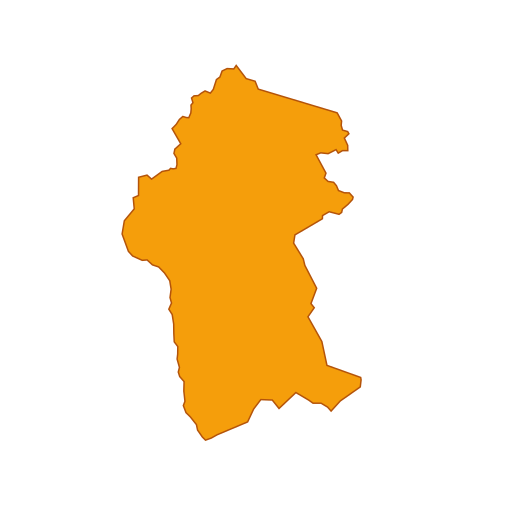 the district of José Enrique Rodó, Soriano, Uruguay, rotated 144°
{"feature_id": "84410073B24833615442203", "entity_name": "José Enrique Rodó", "entity_type": "district", "adm_level": 2, "iso_a3": "URY", "parent_name": "Uruguay", "parent_adm1": "Soriano", "projection": "equal_earth", "projection_center": [-57.536, -33.632], "detail": "fine", "context": "isolated", "style": "filled", "palette": "amber", "viewbox_px": 512, "rotation_deg": 144, "n_neighbors": 0, "source": "geoboundaries", "source_scale": "gbopen_adm2", "svg_char_len": 1820}
<svg xmlns="http://www.w3.org/2000/svg" viewBox="0 0 512 512"><g transform="rotate(144 256 256)"><path d="M154.9,279.0L150.7,281.9L147.9,302.6L143.0,301.4L137.5,296.4L128.7,295.0L129.0,290.9L124.1,290.4L119.8,287.3L116.8,291.6L115.2,299.5L109.0,300.3L108.7,302.8L112.0,307.0L110.3,311.6L107.4,314.9L106.2,324.1L156.1,389.7L154.0,397.9L159.7,405.3L160.0,421.8L164.0,420.4L169.2,424.6L174.7,425.6L180.0,422.0L184.3,422.0L192.6,415.9L197.2,414.6L200.2,419.5L204.8,419.9L208.4,419.7L212.0,422.0L215.3,421.7L216.9,417.1L219.9,416.3L221.9,413.2L224.7,410.0L229.1,407.4L231.0,409.0L233.2,411.9L237.7,411.5L243.1,409.4L246.9,408.7L249.0,408.4L250.9,391.0L258.8,390.2L262.1,387.2L262.6,381.8L266.2,376.4L269.2,373.9L271.8,375.2L273.6,377.1L276.0,376.6L282.2,379.6L295.3,379.6L296.6,385.5L304.7,388.7L315.5,374.0L321.1,375.3L326.8,365.7L341.8,361.9L351.4,352.5L356.5,334.7L355.8,328.5L350.6,319.4L346.4,316.8L345.0,309.7L341.2,304.4L340.0,296.1L340.3,286.7L344.2,279.0L350.0,272.9L352.0,267.6L357.8,264.2L358.2,257.9L362.6,249.3L367.9,241.8L372.6,234.6L372.5,228.7L377.0,222.7L380.4,219.0L383.4,210.9L387.1,207.8L388.6,203.3L388.0,196.7L393.8,189.1L398.9,180.2L402.7,177.7L404.7,170.4L403.7,164.5L403.3,154.6L405.6,149.5L405.8,141.0L405.1,136.7L399.2,135.0L392.4,134.2L360.3,126.7L347.8,133.6L336.5,137.0L327.5,129.9L327.0,119.1L304.0,122.1L298.1,108.5L296.4,103.4L289.9,98.7L286.9,91.7L286.4,86.4L273.0,89.2L248.6,88.8L243.8,94.0L242.7,96.2L262.9,125.8L253.0,148.1L249.7,176.3L239.3,179.9L239.5,185.2L225.9,194.2L222.0,219.7L219.4,226.0L218.0,244.3L212.1,250.2L180.4,247.1L178.4,249.6L170.8,248.8L164.3,240.9L161.1,240.9L158.5,243.2L151.3,243.7L144.7,245.0L142.8,246.6L143.4,252.2L147.4,255.2L150.8,260.5L149.6,265.6L149.9,270.0L153.9,274.0L154.5,277.2L154.9,279.0Z" fill="#f59e0b" stroke="#b45309" stroke-width="1.5"/></g></svg>